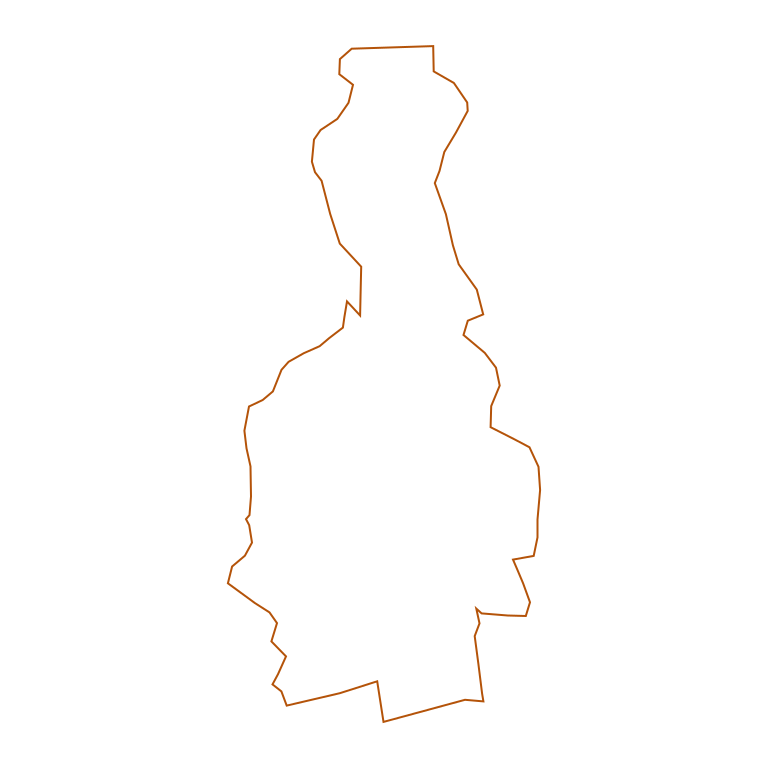 outline of Kolossi, Limassol, Cyprus
{"feature_id": "46923920B20353640132461", "entity_name": "Kolossi", "entity_type": "district", "adm_level": 2, "iso_a3": "CYP", "parent_name": "Cyprus", "parent_adm1": "Limassol", "projection": "robinson", "projection_center": [32.934, 34.671], "detail": "fine", "context": "isolated", "style": "outline", "palette": "amber", "viewbox_px": 768, "rotation_deg": 0, "n_neighbors": 0, "source": "geoboundaries", "source_scale": "gbopen_adm2", "svg_char_len": 1248}
<svg xmlns="http://www.w3.org/2000/svg" viewBox="0 0 768 768"><path d="M272.5,684.4L281.4,691.4L286.7,705.6L339.8,693.2L377.2,681.3L383.5,721.9L465.0,699.8L483.4,701.4L482.1,693.6L478.4,664.0L474.7,636.1L479.5,623.4L476.3,608.6L481.6,613.4L507.7,615.5L525.8,616.0L530.0,602.3L523.1,583.3L516.8,568.4L513.0,559.6L533.7,555.9L537.5,537.4L537.5,519.5L540.1,490.0L538.5,466.8L530.5,449.5L529.5,447.3L514.6,439.4L490.6,427.2L491.2,406.1L499.7,385.6L496.0,367.7L484.8,352.9L463.5,335.0L467.8,320.7L483.2,314.4L476.8,289.6L458.7,264.3L452.9,245.3L445.9,214.2L434.8,183.1L439.5,171.0L444.3,152.0L456.0,132.5L467.7,110.9L467.2,102.5L453.9,83.0L433.7,71.4L433.2,46.1L351.7,48.7L339.9,59.1L339.3,74.2L353.0,84.8L348.5,102.8L337.3,118.9L320.6,130.0L314.0,139.5L311.9,161.7L315.0,172.2L321.6,180.8L330.2,214.0L339.8,243.6L361.2,266.7L360.7,288.4L360.1,315.5L347.0,301.4L344.4,317.0L342.9,327.6L329.2,338.1L319.6,346.2L303.8,353.2L288.6,361.8L281.5,369.8L272.9,391.4L262.7,400.0L249.0,406.5L244.4,430.7L246.5,448.3L250.5,466.4L251.0,496.5L249.5,515.1L246.0,519.1L249.2,525.2L252.0,542.6L244.9,555.7L232.1,566.5L227.9,583.3L254.8,603.0L269.5,612.4L277.0,623.1L271.4,641.4L286.0,656.4L278.0,674.2L272.5,684.4Z" fill="none" stroke="#b45309" stroke-width="2"/></svg>